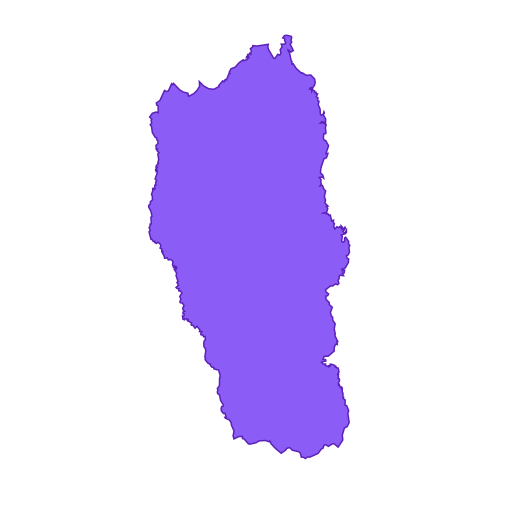 the district of Subang, Jawa Barat, Indonesia, rotated 347°
{"feature_id": "22746128B90150108137034", "entity_name": "Subang", "entity_type": "district", "adm_level": 2, "iso_a3": "IDN", "parent_name": "Indonesia", "parent_adm1": "Jawa Barat", "projection": "equal_earth", "projection_center": [107.682, -6.498], "detail": "fine", "context": "isolated", "style": "filled", "palette": "violet", "viewbox_px": 512, "rotation_deg": 347, "n_neighbors": 0, "source": "geoboundaries", "source_scale": "gbopen_adm2", "svg_char_len": 6077}
<svg xmlns="http://www.w3.org/2000/svg" viewBox="0 0 512 512"><g transform="rotate(347 256 256)"><path d="M263.2,464.1L272.1,462.3L276.2,458.8L278.3,458.2L279.5,455.8L281.4,455.5L283.7,457.8L287.7,456.3L289.9,456.5L293.0,460.7L299.2,454.8L299.8,449.9L303.5,443.4L306.4,442.8L309.3,439.2L310.1,429.9L311.5,427.6L310.7,422.2L309.2,421.4L310.5,416.4L308.8,414.2L309.6,413.3L309.0,412.9L309.9,409.2L309.4,408.4L310.0,405.5L309.4,404.9L310.4,404.1L309.7,402.9L309.3,403.6L308.5,402.8L308.3,401.1L307.4,400.5L308.3,399.7L307.5,399.0L308.1,397.7L309.3,396.4L309.6,394.5L308.4,393.8L309.4,391.7L308.9,390.1L309.8,389.9L309.3,389.0L310.8,387.8L310.8,383.6L309.0,382.8L309.0,381.7L308.3,381.9L308.2,380.4L305.3,378.5L304.0,378.1L303.6,379.8L302.5,380.3L302.3,378.6L301.7,380.1L298.9,378.2L299.5,376.9L297.0,376.3L295.9,374.2L300.5,374.0L300.4,372.5L297.9,371.9L299.9,369.1L303.8,369.9L311.0,366.1L311.1,364.0L312.7,361.0L314.4,359.8L315.3,360.5L315.6,357.6L316.4,357.7L314.9,351.1L315.7,350.1L315.8,344.6L317.9,339.9L316.3,335.8L316.9,332.9L316.0,331.5L315.8,327.8L318.8,323.1L316.5,319.8L316.9,317.7L314.5,314.1L315.0,310.8L316.9,310.8L318.2,309.3L316.1,306.6L316.1,304.6L321.9,301.9L323.9,302.5L327.1,301.1L329.1,302.4L330.7,301.2L330.4,298.2L331.9,296.8L332.3,294.7L333.5,293.7L336.9,294.9L336.2,292.3L338.0,292.4L339.1,289.9L336.8,289.8L337.0,287.9L338.4,288.4L340.6,287.4L344.5,283.2L345.6,279.8L344.4,278.7L344.0,276.2L345.8,275.8L347.9,273.5L348.5,268.4L349.8,266.8L348.8,264.8L349.6,262.9L347.6,257.9L346.5,258.2L345.4,261.8L343.3,262.0L342.8,260.8L344.5,256.2L343.8,254.7L348.3,254.3L349.5,253.2L349.9,251.3L347.6,253.9L346.4,251.5L349.3,249.3L349.2,247.9L346.0,249.6L346.5,247.1L345.7,245.7L345.2,247.8L344.1,246.3L342.7,246.9L341.4,245.7L339.1,247.4L338.3,244.4L339.7,242.3L338.9,240.9L339.6,238.5L337.6,238.8L337.6,232.7L336.1,232.8L335.6,230.9L334.1,230.7L333.8,229.5L329.7,229.3L334.6,229.4L336.6,225.9L335.7,223.6L337.4,223.6L335.1,219.9L336.4,217.0L335.9,213.6L338.5,208.3L337.3,206.4L336.6,202.2L334.1,202.1L335.9,200.5L335.8,198.1L336.6,196.5L335.3,193.7L338.3,194.1L339.4,195.4L339.3,192.2L337.5,189.5L339.0,184.9L344.0,176.6L346.8,176.1L349.2,172.2L347.2,171.9L351.5,164.9L349.9,159.1L348.6,158.8L348.1,156.5L349.6,152.0L351.0,152.5L351.9,151.8L352.5,146.4L353.9,144.0L351.7,141.3L348.8,140.9L350.6,139.9L353.7,141.9L354.7,138.1L353.3,133.4L354.8,132.1L354.6,130.8L353.4,132.9L351.1,133.5L350.6,132.1L351.5,127.3L350.7,122.5L352.2,119.4L351.4,119.0L351.2,117.6L352.0,115.8L350.5,114.5L352.4,112.0L351.3,111.7L351.4,110.2L350.1,110.1L350.4,108.5L348.8,107.5L348.8,106.4L347.4,108.1L347.6,106.1L345.8,105.5L347.2,104.1L348.8,105.1L351.4,102.8L352.7,100.2L352.9,96.7L350.1,92.0L345.5,91.2L342.3,87.9L341.5,88.2L337.5,82.5L335.4,76.9L334.1,77.0L334.8,74.6L334.2,73.6L334.4,65.8L333.4,63.1L333.6,62.4L336.0,65.1L338.6,64.2L337.0,57.2L338.9,55.7L338.5,54.1L340.0,50.9L339.7,49.9L335.7,47.9L333.4,47.6L331.1,49.5L332.9,50.6L332.3,52.6L333.0,55.1L331.2,56.1L328.3,55.2L328.5,58.1L325.9,60.5L326.0,63.9L324.3,65.6L322.5,64.4L318.9,67.8L317.7,67.3L314.7,57.7L314.5,54.8L315.6,52.5L303.9,51.6L300.2,50.3L299.7,51.6L297.1,52.8L297.6,55.0L296.2,58.2L295.5,57.0L294.5,58.1L293.3,57.8L293.3,59.4L291.8,59.4L291.3,60.6L293.0,60.2L293.7,60.8L291.7,62.5L287.8,62.9L287.6,62.0L283.3,63.7L278.0,67.4L273.8,67.9L271.2,70.9L271.7,72.4L270.5,72.4L266.8,77.7L265.8,77.1L264.0,79.1L263.0,77.8L258.1,81.5L258.1,82.5L252.4,84.1L247.6,82.4L245.4,80.5L243.0,78.2L240.0,73.3L239.3,77.8L236.0,81.2L231.7,83.9L226.2,85.2L226.3,82.1L222.0,79.9L219.0,76.9L214.5,69.3L213.3,70.4L212.6,69.1L207.8,75.4L205.7,75.6L204.1,74.1L197.4,82.8L193.3,84.5L193.2,86.5L194.4,87.7L192.9,94.4L191.0,93.2L187.1,93.6L183.6,96.7L185.2,99.2L184.4,100.0L184.2,103.2L182.5,104.2L183.3,106.5L182.8,112.5L184.5,117.8L185.6,118.3L185.7,121.0L186.4,121.8L185.7,124.4L183.4,125.8L182.8,129.6L184.0,129.7L183.3,131.2L184.7,133.6L183.3,134.5L182.9,140.1L181.2,143.4L181.6,144.1L179.2,145.5L178.6,147.0L179.8,147.2L177.5,149.3L177.7,151.0L178.8,150.0L178.7,152.4L175.0,158.3L176.2,160.1L174.7,161.7L174.6,164.1L173.3,164.2L172.6,168.0L171.5,168.3L171.1,166.8L170.4,167.1L170.3,168.8L168.0,172.5L168.4,174.1L167.8,177.9L165.2,179.4L164.8,181.3L162.7,182.7L162.5,184.5L163.7,188.8L163.6,193.9L162.3,194.6L161.2,201.2L160.0,201.1L159.4,203.3L158.3,204.1L158.7,207.4L157.2,208.3L157.4,216.0L158.1,216.0L159.2,218.8L160.7,219.0L160.4,220.1L161.8,221.4L163.7,220.6L165.4,223.1L165.6,224.5L164.3,226.8L165.8,228.0L165.1,230.7L166.2,230.7L165.6,232.5L166.5,235.2L166.4,237.6L169.2,237.9L169.7,240.1L172.0,240.2L173.2,241.4L173.8,242.8L172.7,245.7L173.1,248.8L174.5,249.7L174.7,247.6L176.2,248.8L175.4,250.8L173.4,250.9L174.8,254.8L173.7,257.3L174.3,263.5L173.0,264.0L173.9,266.9L171.0,268.7L171.9,270.0L173.6,270.6L172.9,272.6L174.6,273.3L175.4,275.6L172.6,278.2L173.1,281.1L171.5,283.5L171.7,284.5L173.7,285.3L174.7,288.1L172.8,290.4L172.9,292.2L174.1,293.9L172.3,294.2L171.8,295.8L172.8,296.3L172.8,297.4L171.7,298.7L170.9,298.0L170.6,301.1L171.9,302.1L172.6,301.1L174.0,301.6L174.6,303.3L175.8,301.8L175.3,304.2L178.2,306.7L177.3,308.2L177.6,309.0L179.1,309.4L180.4,312.7L182.7,311.2L184.7,315.5L183.9,316.9L186.2,317.6L184.6,319.3L184.7,320.4L186.5,321.2L186.7,322.9L188.4,323.1L187.8,326.4L186.6,326.8L185.4,329.3L184.9,332.8L185.8,334.8L185.7,337.2L183.4,343.0L183.9,344.1L183.1,345.5L185.2,349.9L187.2,351.0L186.8,351.5L187.8,354.2L189.7,355.0L189.6,356.5L193.9,358.8L194.2,365.0L193.2,366.2L191.2,374.1L188.5,376.4L188.8,377.7L187.7,379.8L187.7,381.4L189.2,383.4L189.0,388.8L190.6,393.5L190.2,395.0L188.7,395.0L187.7,396.9L187.4,399.2L188.9,402.2L190.4,402.1L190.7,406.6L189.4,406.2L189.6,407.0L193.2,409.8L194.3,412.9L194.0,415.1L195.2,421.5L193.2,426.2L193.4,429.3L198.3,428.1L202.2,428.7L201.7,430.8L203.3,431.6L206.3,437.3L207.4,437.9L214.0,438.0L217.3,436.8L223.7,437.9L227.1,440.0L227.9,439.4L228.4,442.2L231.5,447.6L236.2,453.9L241.6,451.6L242.6,450.3L245.8,450.3L247.7,453.4L253.9,456.5L254.9,458.3L254.9,462.2L256.9,462.7L258.5,464.4L261.2,463.4L263.2,464.1Z" fill="#8b5cf6" stroke="#5b21b6" stroke-width="1.5"/></g></svg>